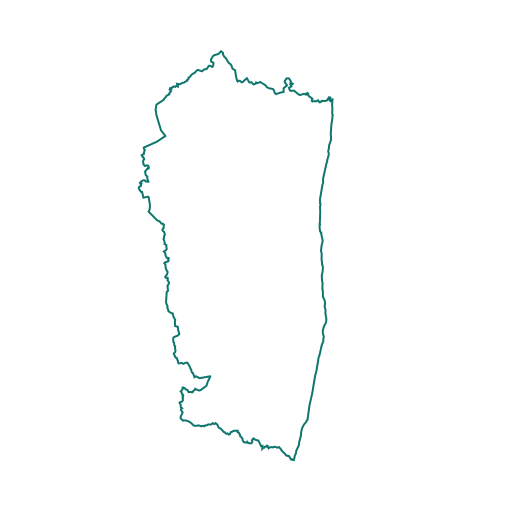 outline of Vangaindrano, Atsimo-Atsinanana, Madagascar, rotated 348°
{"feature_id": "10022922B74242760889111", "entity_name": "Vangaindrano", "entity_type": "district", "adm_level": 2, "iso_a3": "MDG", "parent_name": "Madagascar", "parent_adm1": "Atsimo-Atsinanana", "projection": "mercator", "projection_center": [47.342, -23.586], "detail": "fine", "context": "isolated", "style": "outline", "palette": "teal", "viewbox_px": 512, "rotation_deg": 348, "n_neighbors": 0, "source": "geoboundaries", "source_scale": "gbopen_adm2", "svg_char_len": 6069}
<svg xmlns="http://www.w3.org/2000/svg" viewBox="0 0 512 512"><g transform="rotate(348 256 256)"><path d="M264.3,48.5L261.5,50.5L257.1,50.9L255.6,51.4L252.6,54.7L252.7,56.8L254.5,58.0L254.2,59.7L252.9,61.9L252.3,61.9L250.9,60.5L249.5,60.2L246.4,63.0L244.5,62.6L241.6,64.1L237.8,61.9L236.4,62.4L234.1,64.1L232.0,64.6L230.3,65.5L228.4,67.2L227.1,67.5L226.5,69.1L225.3,69.4L225.1,70.3L223.4,70.6L221.8,71.4L220.0,71.4L217.2,72.2L214.7,71.2L215.0,73.0L214.8,74.0L213.7,72.9L212.3,73.8L211.2,73.0L210.3,73.5L209.1,73.5L208.5,73.9L208.1,74.9L206.9,74.0L206.1,75.4L207.2,77.2L205.0,78.8L204.9,79.8L201.7,80.7L200.9,81.7L198.5,83.4L198.3,84.0L190.1,87.2L188.3,91.7L187.9,97.4L189.2,113.3L192.3,119.8L182.7,123.6L168.8,126.6L168.7,128.1L169.3,129.2L167.9,131.4L167.6,132.9L165.1,133.6L165.6,135.3L166.5,135.9L166.3,136.7L166.9,138.0L165.7,139.0L165.2,139.9L165.0,143.0L166.1,144.9L167.7,144.6L169.3,145.2L169.6,147.2L169.4,147.8L169.1,148.1L168.4,147.6L165.0,150.4L165.0,154.0L166.2,155.7L165.8,157.5L166.1,160.9L163.5,160.1L163.1,159.1L162.6,158.8L161.3,158.5L159.7,159.0L157.6,160.4L157.9,161.2L159.0,161.4L157.7,163.8L156.5,163.8L155.5,164.8L155.6,166.3L156.6,168.9L156.9,169.4L157.9,169.6L158.0,175.5L162.8,175.6L163.2,176.1L162.9,183.6L162.3,186.5L161.6,188.4L160.2,190.3L166.6,200.4L168.8,202.0L170.4,204.8L171.7,205.1L172.5,206.4L171.9,207.4L171.5,209.4L170.2,210.3L169.9,211.1L170.2,212.1L171.1,213.3L171.4,216.1L170.1,217.5L169.9,219.1L169.1,219.9L169.5,223.7L169.0,225.3L170.6,226.6L170.2,228.4L170.2,230.4L169.3,231.5L166.8,232.5L167.9,234.4L167.6,236.1L168.2,239.1L170.0,239.7L170.2,240.4L169.3,241.2L169.5,242.4L169.1,243.0L165.8,243.3L164.8,243.9L165.6,245.7L165.1,249.2L165.5,250.0L165.4,251.5L166.1,252.3L166.2,253.4L165.1,255.6L163.1,257.2L162.9,258.1L163.6,258.7L165.0,258.9L165.1,259.9L164.4,261.2L165.4,263.9L164.8,265.2L163.2,266.8L162.7,271.8L161.2,272.6L158.4,282.5L158.5,284.6L159.0,286.6L158.5,288.5L158.9,289.8L158.9,291.9L161.4,294.4L162.5,294.7L162.6,295.3L162.6,298.1L163.7,301.7L163.1,302.9L162.3,307.7L164.8,309.0L164.5,312.2L164.8,316.3L163.1,317.5L159.3,318.2L158.3,318.6L157.9,319.3L157.3,322.8L157.8,323.8L157.5,326.6L158.2,327.4L157.5,329.7L157.7,331.1L157.1,333.0L155.5,334.2L155.2,335.1L155.8,336.3L155.8,337.7L156.4,338.8L157.3,339.2L157.4,341.0L157.9,342.4L157.5,343.6L158.0,345.0L161.2,345.2L162.5,346.4L164.9,345.8L166.7,346.1L168.2,350.4L168.5,352.7L169.0,353.5L168.9,355.5L169.3,356.8L170.0,357.4L170.6,361.8L172.1,361.1L175.5,363.8L186.0,364.1L186.1,364.7L182.7,368.9L180.5,372.7L173.9,375.7L172.2,375.7L168.9,373.3L168.5,374.2L166.7,374.8L165.9,375.9L165.0,376.1L164.1,375.4L161.8,375.2L161.4,374.4L161.2,372.8L159.8,372.1L158.7,370.4L157.1,369.3L156.8,369.4L156.3,371.3L154.2,372.8L154.8,373.8L154.9,375.7L155.9,376.8L155.7,377.5L154.9,378.0L155.2,379.3L154.6,380.1L154.6,381.8L153.1,383.2L151.4,383.2L150.7,383.6L150.9,384.7L151.4,385.6L151.0,388.3L152.1,389.6L150.9,390.2L150.5,390.9L151.7,393.7L148.7,397.9L148.6,399.2L150.3,401.8L150.6,401.6L153.6,402.5L156.0,404.0L158.0,406.1L159.6,408.7L160.3,409.1L162.8,409.8L164.6,409.7L167.0,411.2L168.5,411.0L170.1,411.8L171.1,411.1L172.9,411.4L174.2,410.8L176.9,411.5L178.9,410.5L179.7,411.6L180.6,411.6L181.7,411.0L183.2,413.1L183.6,415.8L186.1,418.2L187.9,421.5L188.8,421.9L189.5,423.4L190.1,423.7L191.3,423.6L192.2,425.0L193.6,424.7L194.8,423.0L196.6,422.9L197.7,422.3L201.8,423.1L201.9,423.6L201.5,424.6L202.5,425.3L202.8,426.9L203.3,427.6L203.0,429.1L203.8,429.8L204.9,432.1L204.6,433.3L205.4,435.6L207.5,436.5L208.8,435.8L209.4,437.3L212.4,438.3L213.3,437.7L214.0,436.3L213.7,435.5L215.0,434.1L215.8,433.9L216.8,435.3L218.4,436.4L219.4,436.6L220.1,437.4L221.5,443.1L222.8,443.1L222.1,445.9L223.5,444.9L224.3,445.2L224.8,444.5L226.3,444.4L227.2,443.7L227.8,444.0L227.6,445.2L228.3,445.5L228.4,446.7L229.8,446.0L231.8,446.2L232.2,446.6L235.1,446.6L237.2,448.0L238.8,447.7L240.5,450.7L240.5,451.6L243.5,455.9L243.8,457.2L244.9,457.6L245.3,458.2L246.6,458.4L248.0,462.3L248.8,462.2L249.2,462.9L250.6,463.5L252.5,459.4L254.3,456.8L254.7,455.2L258.6,450.0L259.4,447.4L262.8,440.5L263.5,437.8L265.1,434.3L267.5,431.2L270.8,428.5L271.2,427.6L272.3,427.0L277.3,413.1L282.4,402.1L289.1,385.0L291.2,381.1L296.2,368.2L297.5,366.2L301.7,357.0L304.2,353.2L304.4,351.7L305.6,348.8L305.3,345.9L305.8,342.9L307.9,338.8L309.9,336.6L311.0,334.8L311.8,331.8L311.9,326.7L312.8,323.2L312.6,319.6L313.8,316.6L313.8,313.0L313.0,309.9L314.2,303.6L314.0,302.2L315.6,295.8L315.4,294.5L316.2,289.0L318.0,284.9L319.0,281.4L319.2,279.0L318.8,278.3L319.4,275.1L319.3,273.6L320.6,268.0L320.8,266.1L320.6,264.7L322.1,260.0L324.4,255.1L324.4,248.5L324.7,247.3L324.2,247.0L324.3,245.8L323.8,245.1L324.0,242.1L324.4,240.0L325.2,238.6L324.8,238.0L325.4,236.7L328.0,226.2L328.8,221.4L329.9,218.8L329.5,217.9L329.8,217.4L330.2,214.3L335.6,200.6L337.1,197.9L337.2,196.3L337.9,193.8L344.2,180.0L345.4,178.2L345.3,177.5L348.0,172.6L348.5,170.8L348.4,168.6L349.8,165.6L350.3,163.4L353.7,157.7L353.6,157.1L354.3,154.6L354.4,152.5L357.2,142.7L359.5,136.8L359.7,135.4L360.4,134.3L360.2,132.3L361.5,127.1L361.8,124.0L363.4,118.8L362.8,118.8L361.8,120.1L361.0,120.2L360.3,118.8L361.7,116.9L361.6,116.4L360.4,115.9L357.7,118.6L355.9,118.8L352.4,117.9L352.0,118.6L350.4,119.0L350.0,118.8L349.1,116.6L346.9,117.3L345.7,116.7L343.2,116.5L342.8,115.5L343.9,113.9L340.9,110.5L340.6,109.2L340.8,108.1L340.2,107.2L339.1,107.5L338.8,108.6L338.5,108.6L336.6,107.3L332.5,107.7L331.3,106.9L327.5,102.1L324.7,101.8L323.6,101.1L323.2,98.3L326.0,97.4L325.7,96.1L326.5,95.2L327.4,95.5L327.8,95.1L326.1,93.7L325.7,93.9L326.4,92.2L325.2,89.2L322.9,88.6L320.6,90.7L320.2,91.6L321.8,95.6L317.9,97.6L317.1,101.3L313.3,101.3L309.2,101.8L308.2,100.3L308.0,97.8L307.2,96.1L303.9,94.8L301.9,93.3L300.5,90.7L296.3,86.7L293.0,87.3L292.2,86.3L291.1,87.4L289.3,87.7L287.6,85.0L286.0,85.1L285.5,84.6L284.0,80.2L278.7,83.3L278.1,83.1L276.7,81.3L275.6,81.0L274.4,81.5L273.9,80.0L273.8,76.0L274.2,70.1L272.0,67.9L271.5,64.2L270.9,63.0L269.3,61.2L267.8,56.6L266.5,54.6L265.6,52.2L265.9,50.5L264.3,48.5Z" fill="none" stroke="#0f766e" stroke-width="2"/></g></svg>